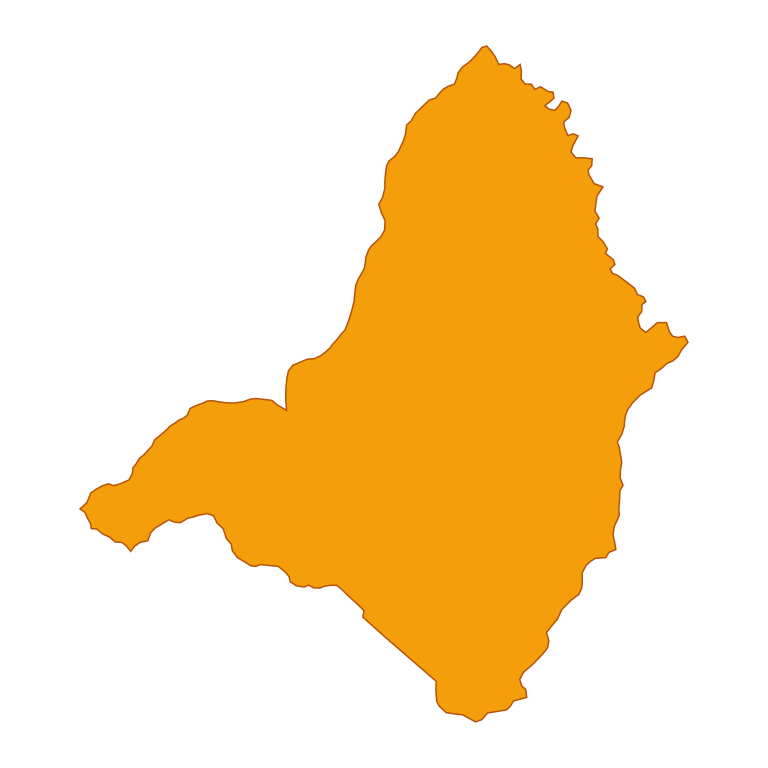 Tanabi, São Paulo, Brazil (Mercator projection)
{"feature_id": "56859067B98162890233703", "entity_name": "Tanabi", "entity_type": "district", "adm_level": 2, "iso_a3": "BRA", "parent_name": "Brazil", "parent_adm1": "São Paulo", "projection": "mercator", "projection_center": [-49.657, -20.518], "detail": "fine", "context": "isolated", "style": "filled", "palette": "amber", "viewbox_px": 768, "rotation_deg": 0, "n_neighbors": 0, "source": "geoboundaries", "source_scale": "gbopen_adm2", "svg_char_len": 3730}
<svg xmlns="http://www.w3.org/2000/svg" viewBox="0 0 768 768"><path d="M605.9,557.6L608.9,552.4L615.9,549.5L614.4,541.0L613.0,534.8L614.4,526.2L617.3,520.0L619.3,514.9L618.8,509.5L619.6,498.9L619.9,490.8L623.0,485.2L620.2,477.9L620.5,469.5L621.7,462.5L620.5,454.6L619.3,447.4L617.3,441.9L622.0,433.8L624.3,426.0L624.6,420.7L625.6,415.2L627.6,409.8L632.7,402.6L640.4,395.0L645.6,391.7L651.7,387.9L653.8,380.5L655.1,372.8L661.4,368.5L666.8,363.6L673.1,360.7L678.0,356.4L681.7,349.7L688.0,342.3L684.7,336.2L677.7,337.5L672.6,336.2L669.3,331.4L666.5,322.6L657.4,322.6L651.4,327.8L645.8,332.4L640.2,328.0L638.7,323.1L637.7,317.3L641.7,311.3L642.0,304.5L645.8,301.6L643.6,297.0L637.4,294.5L634.6,288.3L628.9,283.8L623.0,279.4L617.0,275.1L612.4,273.3L610.1,268.9L614.9,264.4L613.4,259.7L605.4,253.3L607.4,248.9L603.6,242.3L598.0,236.6L597.8,228.7L595.5,224.1L599.1,218.0L594.9,211.0L596.0,203.1L597.0,196.0L603.0,186.9L594.2,183.6L589.1,175.1L588.1,170.2L591.7,165.6L592.2,158.8L583.4,157.8L575.8,157.8L571.0,151.8L572.7,146.2L575.3,141.1L578.1,135.9L573.2,133.8L567.9,135.6L564.6,127.8L563.6,122.2L569.2,117.3L571.0,110.4L567.6,103.0L561.9,101.1L558.6,106.5L554.8,110.3L549.2,109.2L544.7,105.8L549.2,102.3L554.0,98.2L553.1,92.2L548.2,91.5L540.6,86.8L534.8,89.3L531.3,84.2L525.2,84.1L521.1,79.1L521.4,71.0L520.1,64.5L514.5,68.6L509.0,64.7L504.5,63.7L498.7,64.3L494.8,56.1L491.4,51.3L486.9,46.1L481.9,47.4L478.7,51.9L473.4,58.0L468.6,62.6L462.2,67.2L458.0,72.9L456.9,78.0L454.4,84.2L448.1,86.3L444.0,88.7L439.8,92.7L435.6,98.0L429.1,100.1L421.3,107.6L415.4,113.5L411.2,120.8L406.6,125.1L405.4,134.6L403.3,141.1L400.7,146.5L398.6,151.3L394.5,156.7L389.2,160.8L386.7,165.6L385.6,172.9L384.9,181.3L384.9,188.0L382.6,197.4L378.8,204.2L381.3,212.5L385.1,220.8L384.6,229.9L381.1,236.5L376.0,241.7L371.8,245.4L368.7,249.8L366.0,256.8L365.4,262.2L364.4,268.4L360.8,274.7L358.3,279.0L355.8,285.2L354.7,294.0L354.1,301.4L350.8,314.0L348.4,321.3L344.9,330.2L341.3,334.0L337.4,339.1L332.6,344.3L329.7,348.3L325.2,352.3L320.4,355.9L313.9,358.8L307.7,359.1L292.8,365.2L288.3,371.2L286.8,378.8L286.0,387.2L285.8,394.8L285.8,399.8L286.5,410.3L277.1,404.8L271.9,400.4L265.8,399.6L255.7,398.5L250.4,399.1L243.3,401.7L233.9,403.1L226.4,402.8L217.8,401.7L213.2,400.7L207.4,401.0L203.0,403.1L194.3,406.3L190.1,408.5L187.2,415.3L183.4,418.2L179.1,420.0L174.6,423.3L170.0,426.2L166.0,430.3L159.4,436.0L154.8,439.6L151.8,446.3L147.7,450.6L143.7,455.0L139.4,458.4L136.1,463.9L133.1,467.6L132.3,473.8L128.9,480.0L119.4,484.1L113.3,485.7L108.6,483.8L101.8,486.0L95.8,489.5L90.8,492.9L87.0,502.4L80.0,508.9L85.0,512.5L87.6,518.4L90.5,523.6L91.3,528.6L96.9,529.1L102.7,534.0L109.7,537.2L115.1,541.9L121.7,542.4L126.0,545.5L130.7,551.4L134.6,546.2L140.4,542.2L147.7,540.8L150.7,532.7L155.5,527.8L161.6,524.1L169.1,519.7L174.3,522.2L180.3,522.7L188.0,518.1L193.3,517.0L198.0,515.4L207.1,513.6L213.5,515.7L217.0,523.0L223.1,528.6L224.8,533.5L226.4,538.7L231.2,544.0L232.4,551.0L237.5,557.6L244.3,561.7L251.1,565.9L255.9,566.4L260.3,564.6L266.0,565.1L272.7,565.9L277.9,566.2L284.2,571.0L289.0,576.4L290.3,581.9L296.6,585.9L304.2,587.0L308.5,585.1L313.6,587.8L319.6,588.1L324.4,586.2L330.7,585.3L336.8,585.3L341.1,588.8L348.7,596.2L358.1,604.8L363.9,610.7L362.9,617.2L384.9,636.9L436.2,681.3L435.9,690.2L436.7,701.4L439.2,706.1L446.3,712.7L455.4,714.0L462.5,714.8L475.6,721.9L481.7,719.7L487.5,713.0L506.6,709.9L510.6,705.9L513.3,701.1L526.7,697.3L525.7,689.2L521.9,686.2L519.7,679.5L523.4,672.4L533.1,664.0L540.3,656.5L544.7,651.6L547.6,647.6L548.9,641.0L546.5,632.6L552.3,625.1L557.3,619.4L561.8,609.5L571.0,600.3L578.8,594.3L581.6,588.4L582.3,582.4L582.1,572.9L586.2,565.3L590.5,561.3L595.5,558.3L605.9,557.6Z" fill="#f59e0b" stroke="#b45309" stroke-width="1.5"/></svg>